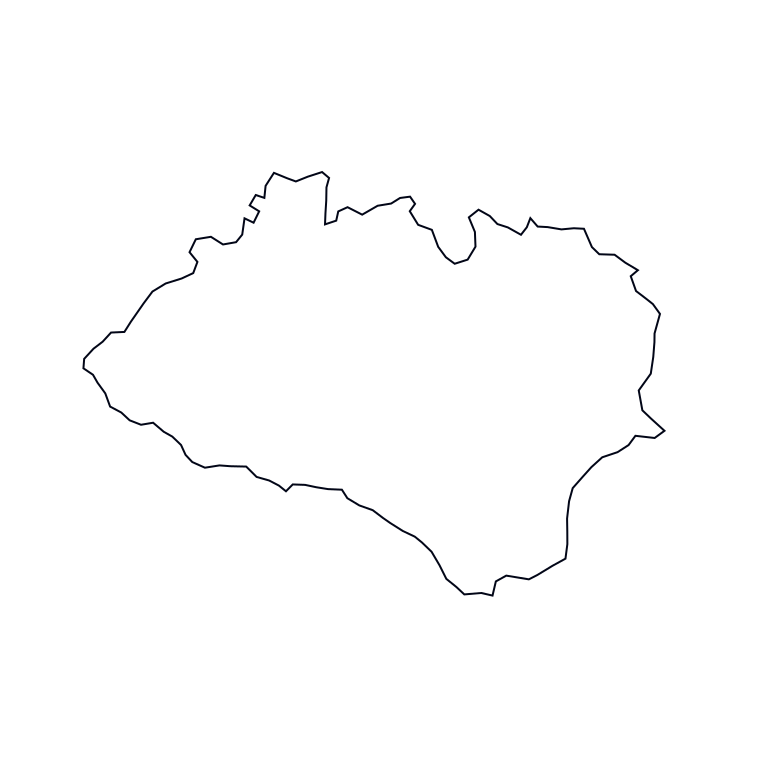 outline of Capela do Alto, São Paulo, Brazil, rotated 74°
{"feature_id": "56859067B13342023452969", "entity_name": "Capela do Alto", "entity_type": "district", "adm_level": 2, "iso_a3": "BRA", "parent_name": "Brazil", "parent_adm1": "São Paulo", "projection": "mercator", "projection_center": [-47.738, -23.473], "detail": "fine", "context": "isolated", "style": "outline", "palette": "ink", "viewbox_px": 768, "rotation_deg": 74, "n_neighbors": 0, "source": "geoboundaries", "source_scale": "gbopen_adm2", "svg_char_len": 1904}
<svg xmlns="http://www.w3.org/2000/svg" viewBox="0 0 768 768"><g transform="rotate(74 384 384)"><path d="M231.3,581.1L240.2,592.8L254.3,610.1L262.4,619.2L259.3,632.2L265.8,642.8L270.0,653.5L277.2,665.3L286.1,668.6L294.9,661.2L303.8,659.0L316.2,654.5L330.2,653.5L339.0,644.4L348.8,638.5L356.2,628.8L357.6,616.6L369.2,608.9L376.2,602.0L386.7,595.9L397.4,594.3L406.2,589.8L415.1,579.2L416.9,564.6L420.7,554.3L425.4,539.2L438.2,532.1L445.1,521.0L452.7,513.0L460.1,507.8L455.4,499.4L459.2,487.7L464.6,477.5L469.6,466.8L474.0,453.6L483.7,450.7L493.9,441.2L502.2,429.6L512.5,421.9L519.5,416.2L530.5,406.4L539.2,396.5L546.8,391.2L558.4,384.5L573.5,380.6L588.5,377.8L599.2,370.3L608.4,364.8L611.7,348.1L617.3,338.0L604.6,330.9L601.9,319.3L611.7,298.6L609.9,289.4L605.2,272.2L601.9,257.7L588.5,251.9L576.8,248.6L563.8,245.1L547.7,238.4L536.1,231.3L527.8,218.3L521.1,207.6L514.6,194.4L513.9,178.3L510.1,165.7L503.1,156.6L510.5,138.7L506.3,127.3L490.6,137.0L480.5,142.9L460.4,140.9L447.6,124.7L432.2,117.7L418.3,112.5L410.0,110.0L392.7,99.4L381.3,103.5L374.2,108.6L364.1,116.1L348.4,117.1L344.6,108.6L333.9,118.6L323.3,126.7L318.6,141.3L309.7,146.4L289.9,149.0L286.6,158.6L284.3,170.8L278.3,183.4L275.0,192.9L264.9,197.6L272.7,203.5L278.3,211.2L267.6,221.8L261.5,230.9L251.7,236.0L242.5,245.1L247.2,256.5L262.9,254.7L277.2,258.2L287.5,269.3L287.9,282.9L279.2,289.6L267.1,294.1L249.0,295.5L240.4,307.3L225.0,311.6L219.4,304.5L211.1,307.3L209.6,317.3L212.5,327.4L210.9,341.0L215.2,358.3L204.0,370.3L205.5,380.4L213.8,384.9L214.3,396.7L203.7,393.2L191.9,389.0L179.1,385.1L170.8,380.0L163.2,385.1L163.7,400.1L165.0,412.9L159.6,420.3L150.7,431.6L160.9,443.2L172.1,447.7L167.0,455.2L175.3,463.9L183.6,456.4L193.0,464.9L186.3,472.4L201.3,479.1L206.9,487.1L205.5,500.3L194.8,509.8L193.0,525.0L203.7,534.6L215.2,529.7L224.8,536.8L226.8,549.4L227.2,566.2L231.3,581.1Z" fill="none" stroke="#020617" stroke-width="2"/></g></svg>